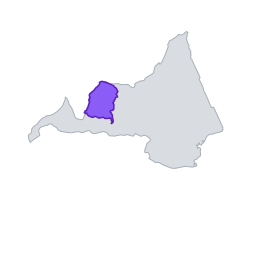 location of Mayo-Rey, Nord, Cameroon, rotated 245°
{"feature_id": "32672807B45774164265008", "entity_name": "Mayo-Rey", "entity_type": "district", "adm_level": 2, "iso_a3": "CMR", "parent_name": "Cameroon", "parent_adm1": "Nord", "projection": "orthographic", "projection_center": [14.714, 8.186], "detail": "fine", "context": "in_parent", "style": "filled", "palette": "violet", "viewbox_px": 256, "rotation_deg": 245, "n_neighbors": 0, "source": "geoboundaries", "source_scale": "gbopen_adm2", "svg_char_len": 7236}
<svg xmlns="http://www.w3.org/2000/svg" viewBox="0 0 256 256"><g transform="rotate(245 128 128)"><path d="M65.0,170.9L65.5,169.6L69.1,163.6L71.4,154.0L72.5,151.7L73.5,150.2L78.7,145.1L80.7,143.5L83.5,141.6L85.5,137.9L86.2,137.5L87.1,137.2L91.5,134.0L91.9,134.6L92.2,135.4L92.5,135.8L94.0,136.0L96.0,136.0L97.1,135.8L97.7,135.2L98.3,133.4L98.7,133.1L99.2,133.0L101.3,134.2L104.9,137.8L105.8,138.4L106.1,139.1L106.9,142.3L107.3,143.1L108.1,143.5L109.5,143.3L110.9,142.7L112.2,141.9L113.5,140.9L114.3,139.9L114.7,139.2L114.9,136.6L115.2,136.0L119.9,132.3L119.8,131.9L119.0,130.8L118.3,129.7L119.0,128.5L119.7,127.5L122.5,124.4L122.6,122.1L124.8,118.5L126.1,113.8L126.1,112.9L128.9,107.7L131.9,107.2L133.0,106.5L134.3,105.2L135.2,104.0L135.6,102.9L135.9,100.7L136.4,98.2L136.8,96.0L137.7,93.9L139.1,92.9L141.7,92.1L142.1,91.7L142.5,90.3L142.9,85.8L143.3,83.8L145.7,81.6L146.7,78.0L147.7,74.3L150.4,69.9L153.5,65.5L155.0,64.3L156.2,63.7L157.6,63.7L158.6,63.3L162.0,61.1L163.4,60.4L164.4,59.6L164.7,59.0L164.8,58.0L164.5,55.7L165.1,54.0L165.4,51.4L165.5,49.4L165.4,48.7L164.8,47.5L163.8,46.2L162.1,45.5L159.8,45.3L158.6,44.8L158.1,42.5L158.0,41.0L156.4,33.3L159.4,33.3L162.9,34.2L163.8,34.9L164.2,37.6L165.5,39.1L167.7,40.3L169.1,42.9L169.7,46.7L170.9,49.0L171.2,49.4L172.9,53.8L173.1,55.8L172.9,57.1L173.6,58.8L172.5,61.7L172.2,63.4L172.1,65.9L172.8,70.3L173.8,73.6L174.9,76.4L176.2,78.5L178.2,80.8L180.4,83.0L182.4,84.3L180.5,85.1L176.9,85.2L174.8,84.7L173.8,84.7L172.8,85.0L169.0,85.4L165.1,85.2L161.4,84.7L159.2,84.8L157.5,86.1L156.2,88.0L154.9,89.6L155.3,91.3L156.3,92.2L158.2,94.3L159.8,96.3L160.7,97.7L164.0,100.7L167.3,103.3L168.8,104.2L169.4,104.4L171.1,106.0L173.6,108.4L175.8,112.4L179.0,120.2L179.7,120.8L180.7,121.2L180.9,122.1L180.8,123.3L180.5,124.3L177.9,128.4L175.7,130.0L175.1,130.9L174.3,133.3L172.3,138.0L171.4,138.6L169.4,141.8L167.8,145.7L167.4,146.4L166.7,146.8L164.4,147.8L163.6,148.3L162.4,149.6L162.3,150.4L162.8,151.5L163.5,152.4L164.7,152.4L165.4,153.3L165.4,159.4L164.8,160.3L164.8,160.7L164.5,161.8L164.5,163.0L164.6,163.5L165.1,163.8L165.7,164.7L166.1,166.5L166.9,173.2L167.2,174.2L167.9,175.0L169.9,176.4L172.1,178.3L172.8,179.5L173.2,181.5L174.0,183.1L174.0,183.6L173.6,183.8L172.3,184.0L172.7,185.1L173.8,187.1L179.3,193.3L184.6,198.7L185.8,199.1L186.8,199.2L187.2,199.6L187.6,200.3L189.4,202.3L189.7,203.5L189.3,204.6L189.7,206.3L190.0,206.9L189.9,207.4L190.1,209.5L190.6,211.3L191.4,212.9L191.3,214.0L190.3,214.6L189.7,215.6L189.5,217.0L189.8,218.7L190.6,220.7L190.6,221.9L189.3,222.7L187.9,221.3L186.4,220.4L184.1,218.8L181.7,218.2L178.7,218.1L177.4,218.3L175.1,217.0L174.4,216.8L173.4,217.4L172.7,217.4L171.8,217.2L170.1,217.2L169.9,216.3L169.6,216.1L167.8,216.2L167.2,215.4L166.9,215.5L166.2,215.2L164.7,214.1L163.1,214.8L159.9,214.7L143.3,214.7L142.9,213.6L142.1,213.1L140.6,213.1L136.3,213.2L132.9,213.1L130.6,212.6L127.8,212.4L124.4,212.6L120.8,212.5L114.5,212.2L111.0,212.2L111.1,212.8L110.9,213.3L110.7,214.4L88.3,214.2L86.5,213.4L85.9,212.9L85.8,212.0L85.3,211.9L85.7,208.0L86.5,204.7L86.8,201.7L87.8,199.1L87.3,196.4L86.7,195.2L83.3,191.4L84.9,190.0L82.8,190.2L82.4,188.7L81.4,187.1L82.0,186.8L82.6,185.9L84.4,186.2L84.4,185.7L82.8,184.3L83.0,183.6L83.6,182.8L83.3,182.5L82.2,183.3L81.3,183.2L80.7,182.7L80.2,182.6L80.5,183.7L79.9,184.6L79.3,185.0L78.2,184.9L77.4,184.6L77.1,184.1L76.4,183.7L74.1,182.9L72.2,182.1L71.9,179.7L71.1,178.7L70.9,177.6L70.7,176.3L71.0,174.4L70.5,174.0L69.9,173.9L69.1,174.0L68.4,173.9L67.5,172.8L66.7,172.3L67.2,174.4L66.6,174.9L65.3,174.7L64.7,174.0L64.6,173.4L65.2,171.0L65.0,170.9Z" fill="#d9dde1" stroke="#a8b0b8" stroke-width="1"/><path d="M175.3,130.6L175.4,130.4L175.5,130.3L175.6,130.2L175.8,129.9L176.0,129.8L176.1,129.6L176.4,129.4L176.6,129.2L176.9,129.0L177.1,128.8L177.2,128.7L177.3,128.7L177.7,128.4L177.8,128.2L178.0,128.1L178.2,127.9L178.3,127.8L178.4,127.7L178.6,127.5L178.8,127.4L178.8,127.2L179.0,127.1L179.0,126.9L179.3,126.8L179.4,126.5L179.3,126.4L179.6,126.3L179.7,126.2L179.8,126.0L179.9,125.9L180.0,125.6L180.3,125.3L180.6,125.1L180.8,124.9L181.0,124.6L181.1,124.4L181.1,124.2L181.3,124.0L181.4,123.7L181.3,123.4L181.5,123.1L181.5,122.9L181.5,122.5L181.5,122.4L181.5,122.2L181.4,122.0L181.4,121.9L181.5,121.7L181.4,121.4L181.2,121.4L180.7,121.3L180.3,121.2L180.1,121.1L179.9,120.8L179.8,120.6L179.7,120.5L179.5,120.1L179.4,120.0L179.3,119.8L179.1,119.5L178.7,118.1L178.6,117.9L178.5,117.7L178.3,117.4L178.2,117.2L178.1,116.8L178.2,116.3L178.2,116.2L178.0,115.9L177.9,115.7L177.8,115.4L177.6,115.0L177.5,114.9L177.1,113.9L176.9,113.6L176.7,113.2L176.5,112.8L176.4,112.6L176.1,111.4L176.1,111.2L176.0,110.9L175.9,110.7L175.8,110.3L175.8,110.2L175.7,109.9L175.6,109.7L175.6,109.4L175.5,109.1L175.4,108.8L175.3,108.7L175.2,108.3L175.2,108.2L175.1,107.9L175.1,107.7L174.8,107.5L174.5,107.2L174.3,106.9L174.1,106.9L173.8,106.7L173.6,106.6L173.4,106.5L173.1,106.5L172.8,106.5L172.7,106.5L172.4,106.6L172.2,106.6L171.8,106.4L171.7,106.4L171.4,106.4L171.4,105.9L171.5,105.8L171.5,105.7L171.3,105.5L171.2,105.5L170.9,105.4L170.7,105.3L170.4,105.3L170.2,105.1L170.3,105.1L170.4,104.9L170.2,104.7L170.0,104.3L169.9,104.2L169.7,104.2L169.5,104.3L169.4,104.2L169.3,104.3L169.2,104.4L168.9,104.4L168.5,104.2L168.4,104.2L168.2,104.2L167.9,104.2L167.6,104.1L167.4,103.7L167.2,103.6L167.0,103.4L166.7,103.1L166.4,102.9L166.1,102.5L166.0,102.4L165.9,102.3L165.7,102.1L165.5,101.9L165.4,101.9L164.9,101.4L164.7,101.2L164.4,100.9L164.2,100.8L164.0,100.7L163.9,100.6L163.7,100.6L163.5,100.4L163.2,99.9L163.3,99.6L163.2,99.4L163.0,99.2L162.9,99.2L162.7,99.1L162.4,98.7L162.1,98.4L161.9,98.1L161.7,98.0L161.5,97.8L161.4,97.6L161.4,97.4L161.5,97.3L161.6,96.9L161.7,96.6L161.6,96.3L161.4,96.1L161.1,96.0L160.9,95.8L160.8,95.6L160.7,95.4L160.6,95.2L160.4,95.0L160.2,95.1L159.8,95.2L159.3,95.5L159.0,96.0L159.2,96.4L158.9,96.8L158.1,96.7L157.5,96.9L157.3,96.9L157.1,96.8L156.8,96.9L156.5,97.2L156.0,97.2L155.6,97.4L155.5,97.5L155.1,97.9L155.0,98.1L153.8,99.0L152.6,100.4L152.4,101.1L152.6,102.5L152.2,103.5L151.1,104.5L150.9,104.6L150.0,105.2L149.9,105.3L149.3,105.8L148.8,107.7L148.5,108.9L148.1,110.2L146.8,111.0L146.3,111.2L146.2,111.8L145.8,112.3L145.4,113.3L144.9,115.1L144.5,115.5L144.4,116.1L143.7,116.5L142.9,116.4L142.4,116.0L141.9,116.2L140.8,116.1L140.1,115.8L139.9,115.8L139.4,115.0L139.2,114.8L139.0,115.0L139.0,115.5L139.4,116.1L139.5,116.6L139.8,117.2L140.6,117.4L141.5,118.0L142.0,117.9L142.5,118.1L143.1,118.2L143.4,118.2L143.6,118.1L144.1,118.1L144.6,118.6L144.9,118.7L146.2,119.3L146.8,119.1L147.1,119.2L148.6,119.2L149.3,119.1L149.8,118.7L150.2,118.6L150.7,118.9L151.0,119.3L150.9,120.1L150.6,121.1L150.8,121.7L150.8,121.9L150.6,122.5L150.9,122.7L151.0,122.8L151.3,122.8L151.5,123.3L151.8,123.5L152.6,123.8L153.3,124.2L153.9,124.5L154.9,124.8L155.4,125.2L156.7,125.1L157.2,124.9L157.5,125.2L157.7,126.2L158.2,126.6L158.7,126.8L158.6,127.3L159.0,127.6L159.7,128.7L160.4,129.0L160.6,129.3L160.8,130.1L160.8,130.8L160.7,131.0L160.6,131.6L162.0,131.8L162.9,131.8L163.9,131.7L164.3,132.7L164.6,133.1L164.8,133.6L165.1,133.8L165.2,134.0L165.6,134.3L167.2,134.0L168.0,134.3L169.4,134.0L169.5,133.9L170.7,133.1L171.8,133.1L173.6,131.8L173.8,131.7L174.4,131.3L174.9,131.0L175.2,130.7L175.3,130.6Z" fill="#8b5cf6" stroke="#5b21b6" stroke-width="1.5"/></g></svg>